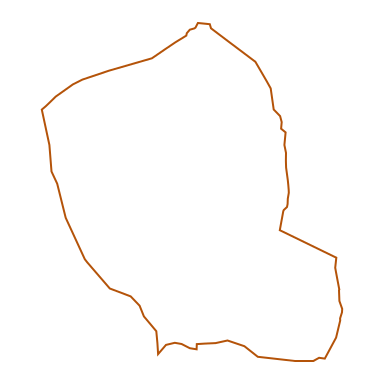 outline of San Pedro Topiltepec, Oaxaca, Mexico
{"feature_id": "50627088B10817237938437", "entity_name": "San Pedro Topiltepec", "entity_type": "district", "adm_level": 2, "iso_a3": "MEX", "parent_name": "Mexico", "parent_adm1": "Oaxaca", "projection": "mercator", "projection_center": [-97.35, 17.457], "detail": "fine", "context": "isolated", "style": "outline", "palette": "amber", "viewbox_px": 384, "rotation_deg": 0, "n_neighbors": 0, "source": "geoboundaries", "source_scale": "gbopen_adm2", "svg_char_len": 1127}
<svg xmlns="http://www.w3.org/2000/svg" viewBox="0 0 384 384"><path d="M340.2,320.5L340.1,318.4L342.0,312.3L342.2,308.9L339.4,301.0L339.0,290.1L339.3,289.6L337.1,278.0L335.9,271.6L335.3,268.2L335.2,267.9L336.3,257.7L279.8,230.2L283.3,211.1L283.8,210.0L287.0,207.0L287.6,204.0L287.8,198.7L288.8,192.8L288.7,190.0L288.3,185.1L287.8,180.2L286.1,167.6L285.9,161.1L285.9,160.1L286.0,152.9L284.4,145.0L285.6,132.4L281.1,128.7L281.7,122.1L280.1,116.1L273.7,109.5L270.7,88.4L266.8,81.4L260.3,70.2L255.4,61.8L227.5,40.8L211.0,28.3L209.8,24.2L197.9,23.0L195.5,27.6L194.4,28.4L189.8,29.7L186.8,33.2L186.3,35.6L175.4,42.3L165.6,48.9L151.9,58.3L108.9,70.7L82.4,79.6L72.9,84.4L55.7,96.6L50.0,102.2L45.7,106.3L41.8,109.6L49.4,145.0L51.5,171.5L57.2,183.7L65.7,217.8L84.8,259.2L87.2,262.3L109.8,288.5L130.7,296.4L139.6,305.7L143.9,316.4L156.3,331.2L157.4,343.0L158.1,354.1L166.0,344.9L174.8,342.8L181.6,344.0L189.8,348.2L196.6,349.3L196.8,344.1L204.8,343.6L215.6,343.1L227.5,340.5L244.4,346.2L257.8,356.8L268.5,358.0L295.0,361.0L313.3,361.0L319.1,357.8L324.8,358.6L336.1,337.6L340.2,320.5Z" fill="none" stroke="#b45309" stroke-width="2"/></svg>